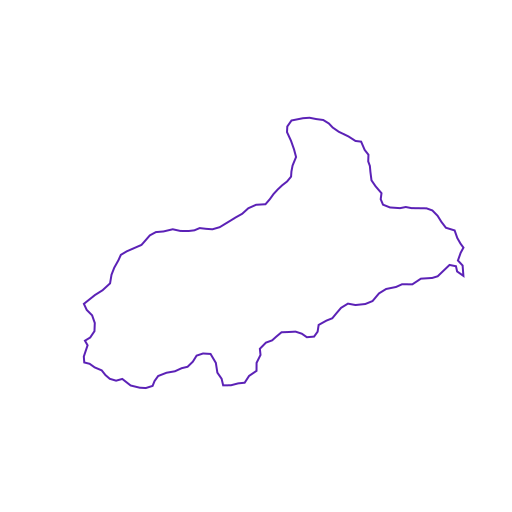 Lavrinhas, São Paulo, Brazil, rotated 70°
{"feature_id": "56859067B26910612895696", "entity_name": "Lavrinhas", "entity_type": "district", "adm_level": 2, "iso_a3": "BRA", "parent_name": "Brazil", "parent_adm1": "São Paulo", "projection": "natural_earth1", "projection_center": [-44.888, -22.522], "detail": "fine", "context": "isolated", "style": "outline", "palette": "violet", "viewbox_px": 512, "rotation_deg": 70, "n_neighbors": 0, "source": "geoboundaries", "source_scale": "gbopen_adm2", "svg_char_len": 1992}
<svg xmlns="http://www.w3.org/2000/svg" viewBox="0 0 512 512"><g transform="rotate(70 256 256)"><path d="M142.6,164.7L140.8,176.3L145.0,182.3L150.2,184.5L159.7,183.7L168.8,183.8L176.7,184.5L183.5,190.7L188.7,193.8L193.4,195.9L196.6,201.3L198.5,207.2L200.9,212.8L203.8,218.4L207.3,223.5L210.6,229.4L207.9,238.4L208.5,246.9L211.6,254.5L212.8,261.9L214.2,268.7L216.5,280.3L216.0,287.8L213.4,293.6L210.5,299.4L210.8,305.1L209.5,310.7L206.6,318.5L202.4,325.1L201.3,334.5L199.3,341.9L200.3,348.7L203.3,354.1L206.4,359.8L206.9,367.8L207.4,375.8L208.7,382.6L213.0,386.8L218.5,393.2L224.2,398.2L231.8,402.5L235.7,411.9L237.6,420.7L242.1,434.1L248.8,433.5L255.7,430.3L263.8,430.4L271.4,433.5L275.9,439.7L277.1,445.7L282.3,444.8L291.6,452.2L297.3,453.8L300.4,449.2L305.5,445.7L310.7,440.1L316.4,438.2L321.4,435.4L325.3,430.1L325.8,423.7L334.8,418.1L340.0,410.3L342.4,404.7L342.7,397.6L338.8,394.1L335.3,389.0L335.1,380.0L336.6,371.6L336.0,364.2L336.7,358.2L333.7,351.5L329.3,345.9L329.5,339.1L332.5,332.2L342.7,330.3L352.4,332.2L359.6,330.3L366.3,331.1L368.9,323.8L369.6,316.3L371.2,310.0L366.3,303.5L364.1,294.8L356.6,292.0L350.5,285.6L344.5,284.1L340.8,276.3L340.8,269.7L338.7,264.5L336.4,258.1L338.5,251.6L340.6,244.7L344.7,239.5L349.7,236.0L351.6,229.0L348.2,224.0L342.2,220.7L340.8,211.9L340.6,205.6L337.2,199.8L333.8,193.8L332.2,185.9L336.1,179.3L338.5,169.7L338.2,161.9L333.2,153.2L331.5,145.0L333.0,135.0L332.5,128.4L336.1,118.8L333.7,108.8L336.9,97.9L337.2,92.2L333.8,84.5L330.6,77.2L334.0,71.6L339.3,72.3L345.6,67.9L335.6,65.1L329.3,67.8L323.0,62.6L319.1,58.2L314.3,59.6L307.9,60.7L299.9,60.6L294.4,67.9L287.4,70.1L280.3,71.6L273.5,74.7L269.5,79.5L264.2,93.5L261.2,98.5L260.3,104.3L256.2,113.5L251.2,119.1L245.3,119.4L239.9,116.6L231.4,119.8L224.4,121.6L216.0,119.7L210.3,118.2L205.5,118.2L199.3,115.7L193.5,117.6L184.5,118.1L181.9,123.2L175.3,128.2L167.6,135.7L161.5,140.0L156.4,142.2L151.2,146.3L147.9,152.6L144.4,158.4L142.6,164.7Z" fill="none" stroke="#5b21b6" stroke-width="2"/></g></svg>